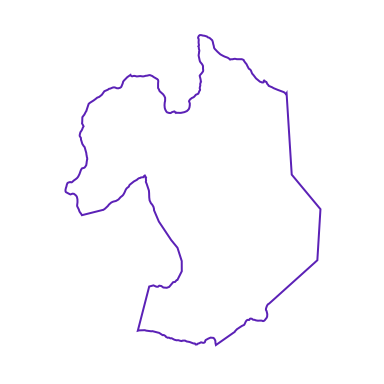 Eau Piquant/St Urbain, Vieux Fort, Saint Lucia (orthographic projection), rotated 263°
{"feature_id": "8701671B56799057925384", "entity_name": "Eau Piquant/St Urbain", "entity_type": "district", "adm_level": 2, "iso_a3": "LCA", "parent_name": "Saint Lucia", "parent_adm1": "Vieux Fort", "projection": "orthographic", "projection_center": [-60.939, 13.762], "detail": "fine", "context": "isolated", "style": "outline", "palette": "violet", "viewbox_px": 384, "rotation_deg": 263, "n_neighbors": 0, "source": "geoboundaries", "source_scale": "gbopen_adm2", "svg_char_len": 5932}
<svg xmlns="http://www.w3.org/2000/svg" viewBox="0 0 384 384"><g transform="rotate(263 192 192)"><path d="M37.2,197.1L47.2,215.9L47.9,217.3L48.7,217.9L50.4,220.0L52.9,225.0L53.7,227.4L54.0,227.8L56.2,229.2L56.9,229.6L57.8,230.5L58.2,231.2L58.3,231.8L58.0,233.0L58.2,233.4L59.0,233.9L59.2,234.4L59.2,234.8L59.0,235.6L58.9,235.9L57.9,236.9L57.8,237.1L57.5,238.5L56.8,239.8L56.3,241.5L55.9,245.2L55.7,245.8L55.3,246.5L55.2,247.0L55.4,247.8L55.8,248.5L58.1,250.8L59.2,251.4L61.3,251.8L62.1,251.8L64.8,251.5L66.0,251.0L66.5,251.1L67.2,251.2L69.5,252.3L70.1,252.7L71.0,253.4L71.4,253.9L71.8,254.9L109.0,308.1L159.3,317.4L197.1,293.1L278.4,297.9L277.6,297.3L277.6,297.1L278.1,297.0L279.3,296.0L280.0,295.2L282.9,289.6L285.1,285.7L286.3,284.1L288.0,281.1L288.3,280.9L288.7,280.8L289.1,280.7L289.9,280.0L290.8,279.6L291.1,279.6L292.2,279.2L292.6,278.2L293.1,277.8L293.6,277.6L293.9,277.2L293.6,276.8L293.3,276.7L292.9,277.0L292.7,276.7L292.1,276.2L292.1,275.5L292.2,274.8L292.6,274.2L293.1,273.1L293.4,272.7L294.7,271.5L296.9,269.4L300.5,267.3L302.1,266.2L303.0,265.9L305.3,265.3L306.1,264.9L306.7,264.4L307.3,263.6L307.9,263.2L309.0,262.9L309.5,262.6L312.2,261.7L314.1,260.5L315.8,259.6L316.8,259.3L317.7,257.7L318.3,252.8L318.8,251.5L319.0,250.5L318.9,248.8L318.8,248.7L319.0,246.7L318.8,246.3L318.8,245.9L319.5,245.4L320.7,244.1L321.2,243.3L322.3,241.1L323.1,239.8L324.8,237.4L325.3,236.8L328.2,234.3L330.5,232.6L331.3,232.0L332.4,231.5L334.4,231.4L336.3,231.1L337.9,231.0L339.2,230.8L340.2,230.5L342.6,228.4L343.2,227.5L343.6,226.5L344.5,225.8L345.6,223.3L345.9,222.0L346.5,220.5L346.8,219.0L346.4,218.2L346.1,217.8L344.7,216.9L343.8,216.9L343.2,217.2L342.0,217.2L340.6,216.9L339.7,216.8L339.3,216.7L336.9,216.8L336.0,216.2L335.9,216.4L333.0,216.3L332.1,216.5L331.4,216.5L330.6,216.3L330.2,216.0L329.8,216.0L329.4,216.0L327.9,215.5L326.6,215.2L322.0,215.6L320.6,215.8L319.6,216.3L318.1,217.3L316.9,217.9L315.6,218.3L314.7,218.1L313.8,218.1L312.7,217.9L311.8,218.0L310.8,217.8L310.3,217.6L308.6,216.0L307.3,214.5L306.4,213.8L303.1,214.2L301.3,214.3L300.4,214.1L300.2,214.3L299.0,213.6L298.3,213.3L296.6,213.2L295.4,212.7L294.5,212.4L293.6,212.3L292.8,212.5L292.0,212.3L291.3,211.6L289.8,210.8L288.8,210.2L288.0,207.6L287.2,206.8L286.3,205.8L285.8,204.9L285.3,203.3L284.0,201.2L282.8,200.3L282.5,200.1L281.6,200.3L280.3,200.6L279.8,200.6L279.5,200.5L278.4,200.4L277.6,200.1L276.8,200.0L274.9,199.1L273.9,198.1L273.7,197.7L273.2,197.2L272.9,196.6L272.2,194.2L271.9,190.7L272.3,187.7L272.5,186.5L272.8,186.0L272.5,185.6L273.0,185.1L273.8,184.7L274.1,184.4L274.1,184.0L273.7,181.9L273.0,180.5L273.0,179.9L273.4,178.5L274.1,177.0L274.7,176.5L276.0,175.9L277.2,175.5L278.8,175.2L281.5,175.3L284.0,175.8L285.7,176.4L288.7,176.8L290.4,176.3L292.4,175.3L295.6,172.5L296.2,172.1L296.7,171.9L297.5,171.8L299.4,171.0L304.1,171.6L306.0,172.0L307.0,172.0L307.4,171.9L308.3,171.3L308.8,170.5L309.5,169.7L310.5,168.3L311.1,167.6L311.9,166.8L312.5,165.7L313.0,164.8L313.2,164.1L313.2,163.8L312.9,161.2L313.0,160.3L312.9,159.8L312.7,158.4L312.7,157.3L313.4,154.7L313.4,151.9L313.5,151.0L313.9,150.1L314.3,148.8L314.3,147.8L314.1,146.8L314.2,146.5L314.3,146.2L315.2,145.3L315.7,145.2L313.9,141.8L310.7,137.8L309.7,137.0L308.3,136.5L305.1,134.7L304.7,134.3L304.2,133.3L303.9,131.4L304.2,129.9L304.8,128.9L305.2,128.1L305.4,126.9L305.3,125.9L304.6,123.5L304.5,122.1L303.8,121.0L302.7,117.3L299.5,114.4L297.7,111.5L297.2,109.4L296.1,107.7L294.9,105.6L293.1,101.8L292.2,100.3L291.7,100.0L285.8,97.2L285.5,97.2L285.0,96.7L282.6,95.0L282.0,94.7L281.4,94.0L279.6,92.3L274.5,91.5L273.6,91.2L270.4,92.4L269.2,91.5L267.5,90.6L266.6,90.0L264.9,88.5L262.9,87.7L261.7,87.4L261.2,87.4L260.7,87.6L259.3,88.3L257.3,88.2L256.6,88.4L253.1,89.0L250.8,90.1L249.6,90.9L243.7,91.8L241.6,91.8L240.9,91.9L239.6,91.9L238.7,92.1L237.2,92.0L236.8,91.7L235.8,91.5L234.3,91.0L233.7,91.0L232.5,90.5L232.1,90.5L231.7,90.4L230.4,89.4L229.4,88.4L229.1,87.6L228.9,85.8L228.7,85.5L227.3,84.4L223.5,82.5L221.4,81.1L221.0,80.8L219.9,79.7L219.0,78.3L217.8,76.1L216.4,74.1L216.3,73.7L216.3,73.3L216.4,72.9L216.6,72.7L216.7,72.2L216.7,71.9L216.4,70.3L216.1,69.6L215.7,69.3L214.4,68.6L212.7,68.0L211.5,67.4L209.9,66.8L208.9,66.6L207.8,66.6L207.2,66.9L204.8,70.3L204.4,71.1L204.9,73.2L204.6,74.5L204.0,75.2L203.1,76.0L202.7,76.4L201.8,76.9L201.3,77.1L200.8,77.2L198.7,77.4L195.8,77.1L193.0,76.4L192.1,76.3L191.6,76.4L188.5,77.5L186.5,77.9L185.3,78.4L184.3,79.1L182.4,79.9L185.1,101.5L184.9,101.3L185.1,101.8L185.9,103.4L187.4,105.5L188.8,107.3L189.5,107.8L190.8,109.7L191.4,110.6L191.9,112.1L192.1,113.0L192.3,114.9L192.4,115.5L193.3,117.6L193.6,118.2L195.6,120.5L196.8,122.5L197.7,123.5L199.6,124.9L202.3,126.5L202.9,127.0L203.4,127.4L204.0,128.2L205.0,129.9L206.2,130.6L206.6,130.9L207.1,131.6L209.6,135.7L210.8,138.8L211.5,139.7L212.2,141.2L212.3,142.4L212.7,143.2L212.6,143.9L212.7,144.8L212.6,145.8L212.8,146.0L213.7,146.4L214.1,147.2L211.8,148.2L211.0,147.8L208.9,147.8L207.7,147.4L205.6,148.0L198.7,149.4L196.2,149.3L191.9,148.9L188.8,148.9L185.8,149.9L184.4,150.9L182.1,151.9L180.1,152.2L178.5,152.1L166.7,155.5L146.8,165.5L138.4,170.8L124.7,173.4L114.6,172.2L106.5,166.8L106.4,166.0L104.8,164.2L104.8,162.3L100.6,157.8L100.0,155.3L100.7,151.9L102.4,150.1L103.0,148.1L102.1,146.6L102.4,145.0L104.0,142.4L103.4,138.0L60.9,121.3L61.1,122.6L60.6,128.3L60.0,129.6L58.7,134.6L58.7,135.8L56.8,140.6L56.2,142.2L53.5,145.4L53.5,146.5L52.3,148.1L51.4,148.5L50.3,150.1L50.3,151.3L49.4,152.7L49.3,154.0L47.6,156.4L46.7,158.5L46.6,160.3L45.7,162.3L45.3,163.7L45.6,164.3L45.6,164.8L45.4,166.9L44.3,168.5L43.5,171.2L42.3,173.5L41.8,174.4L41.5,175.0L41.4,176.0L41.2,176.5L40.9,176.8L40.5,176.8L40.2,177.0L40.1,178.3L40.2,178.6L40.7,179.1L41.0,180.7L41.7,182.7L41.0,184.4L40.9,184.9L40.9,185.4L41.2,186.2L41.6,186.6L43.0,187.2L43.4,187.6L44.5,190.3L45.0,192.0L45.2,192.7L44.6,195.4L44.4,195.7L43.3,196.4L42.0,196.9L41.4,197.0L39.2,196.9L37.2,197.1Z" fill="none" stroke="#5b21b6" stroke-width="2"/></g></svg>